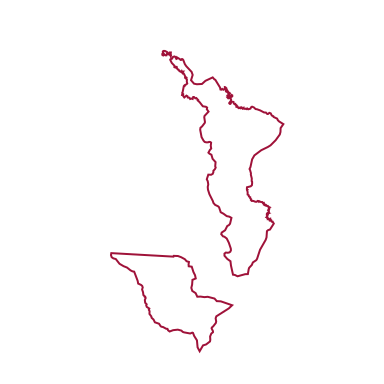 the district of Konawe, Sulawesi Tenggara, Indonesia, rotated 229°
{"feature_id": "22746128B78249855862414", "entity_name": "Konawe", "entity_type": "district", "adm_level": 2, "iso_a3": "IDN", "parent_name": "Indonesia", "parent_adm1": "Sulawesi Tenggara", "projection": "mercator", "projection_center": [122.048, -3.513], "detail": "fine", "context": "isolated", "style": "outline", "palette": "rose", "viewbox_px": 384, "rotation_deg": 229, "n_neighbors": 0, "source": "geoboundaries", "source_scale": "gbopen_adm2", "svg_char_len": 6072}
<svg xmlns="http://www.w3.org/2000/svg" viewBox="0 0 384 384"><g transform="rotate(229 192 192)"><path d="M183.3,305.5L188.2,304.0L189.9,303.9L191.5,304.4L195.1,302.8L195.8,303.1L197.0,302.5L197.9,302.5L199.7,303.0L201.0,302.3L201.0,300.6L201.5,300.0L203.5,299.9L204.7,298.6L208.8,297.0L211.7,295.4L212.9,294.4L215.2,294.2L217.0,293.3L217.2,292.3L216.6,290.8L217.4,288.9L218.8,288.5L218.6,287.7L219.5,287.3L219.9,286.5L220.5,286.5L221.3,285.3L221.6,285.6L221.6,285.0L223.1,285.0L222.9,284.3L223.2,283.6L223.7,283.3L224.3,283.6L224.5,282.8L225.3,283.2L224.8,282.7L225.0,282.2L226.9,282.5L227.0,282.2L226.3,281.9L227.2,281.4L227.6,282.1L228.2,282.0L228.6,282.5L229.5,282.1L230.0,282.4L230.2,281.8L231.4,281.6L232.6,282.4L233.4,282.0L233.9,281.4L234.1,280.3L233.5,279.6L233.3,278.8L233.8,278.3L234.7,278.4L234.9,279.2L234.6,280.2L235.2,280.4L235.2,281.2L236.3,282.3L237.7,282.5L238.9,280.8L239.7,280.8L238.4,282.4L237.8,284.6L237.8,285.2L238.5,285.8L239.2,285.6L238.9,284.7L240.2,283.9L239.6,283.4L239.7,283.0L240.5,282.7L241.2,281.7L241.6,281.9L241.5,282.8L240.7,283.0L241.8,283.9L241.6,285.3L242.2,285.4L243.0,284.3L244.0,285.1L244.5,285.1L244.6,284.3L245.2,284.4L245.3,283.7L245.8,283.7L246.6,284.3L246.3,285.4L247.4,285.6L247.7,286.0L249.2,285.9L249.6,285.6L248.7,284.9L248.4,283.4L248.6,282.7L250.0,282.4L250.0,281.2L250.7,280.7L252.4,281.7L261.4,283.2L262.4,282.8L264.9,282.8L267.1,275.1L267.0,270.4L270.1,266.4L272.4,264.6L277.0,264.6L279.9,269.3L282.9,270.5L290.6,270.2L293.2,270.5L297.3,272.0L298.5,272.0L299.0,271.4L298.7,270.7L299.2,270.0L300.3,270.0L303.1,269.1L302.4,268.6L302.7,267.5L305.1,268.0L305.9,267.6L306.4,266.2L305.7,264.5L306.3,262.7L306.1,262.3L302.7,261.4L298.8,261.6L298.0,260.8L297.2,261.7L297.0,261.0L296.6,261.2L296.0,262.3L295.1,261.7L293.6,261.7L293.3,262.1L291.8,261.9L291.8,263.0L291.5,262.0L291.0,262.1L289.5,262.6L289.8,263.4L289.5,263.3L289.1,263.8L289.1,263.4L288.5,263.7L288.5,262.9L287.3,262.8L286.8,263.4L286.1,263.4L283.5,262.6L282.8,261.7L282.0,261.8L282.6,262.7L281.9,262.9L281.4,262.1L280.3,262.0L278.6,260.4L277.0,259.6L276.9,258.4L277.3,257.3L276.9,256.2L277.4,256.1L277.3,255.3L271.8,248.2L271.3,248.8L272.3,249.3L271.7,249.6L270.1,248.3L268.4,248.2L268.4,251.0L267.2,251.4L266.1,250.8L264.8,251.9L263.4,251.6L262.9,252.9L261.8,253.5L262.9,255.2L262.4,255.8L260.5,256.0L260.1,256.9L257.4,257.0L257.3,256.4L254.7,256.7L249.6,256.4L247.2,258.4L245.8,258.8L244.8,257.5L241.8,257.2L241.2,251.4L240.4,250.3L236.3,247.7L235.8,247.0L234.9,242.7L234.9,240.5L233.6,239.0L227.1,235.2L223.2,234.4L221.5,234.4L220.3,235.2L219.0,236.6L218.6,237.8L217.5,238.7L216.7,238.8L214.6,236.5L212.2,235.0L212.0,233.1L210.9,230.2L209.5,230.3L207.4,231.1L203.5,229.3L199.1,229.4L196.2,226.4L194.9,225.9L194.2,224.2L194.0,222.1L192.9,221.1L192.1,219.5L192.5,217.7L194.4,215.7L191.9,211.5L189.9,211.0L188.4,210.1L187.0,209.2L185.5,207.2L183.3,205.6L178.9,203.7L171.5,201.8L169.7,201.0L167.1,201.0L164.1,202.3L162.7,202.4L157.9,200.4L155.0,201.5L151.0,202.4L148.9,204.0L146.6,204.8L143.1,199.9L142.8,198.1L143.2,196.3L141.4,191.9L141.9,187.8L141.0,186.4L138.2,186.3L137.0,187.1L134.1,187.7L129.5,186.5L123.9,184.2L122.5,183.2L121.8,181.7L122.0,180.3L122.7,179.1L124.1,177.8L124.2,176.1L122.6,174.7L118.4,174.7L114.5,175.6L111.0,173.2L102.7,168.7L101.3,169.9L98.5,171.1L95.1,178.2L93.4,180.3L96.6,184.2L97.3,185.4L97.7,189.3L98.9,191.7L98.4,195.8L98.9,197.3L103.8,205.5L107.5,216.1L108.8,218.4L113.3,222.9L113.3,224.5L112.5,226.2L114.5,233.0L116.7,233.4L116.9,232.9L117.8,232.7L118.6,233.2L119.0,232.6L120.1,233.3L120.0,232.1L120.7,232.4L121.0,232.1L121.0,232.5L121.5,232.5L122.1,232.1L121.9,231.7L122.2,231.5L123.3,231.7L123.2,232.3L123.8,232.5L124.2,232.0L124.5,233.1L125.7,233.4L125.9,233.9L126.6,234.4L126.6,234.9L125.5,235.0L125.8,235.5L125.6,236.1L126.4,235.7L126.5,237.0L127.1,237.4L128.0,237.4L128.0,238.1L128.5,238.2L128.4,238.8L128.9,239.0L128.8,239.5L129.1,240.0L129.6,239.9L129.5,240.5L130.5,240.1L131.7,240.1L132.1,239.5L133.3,239.4L133.2,238.8L134.2,238.3L134.5,238.9L135.3,238.8L135.6,238.2L136.6,239.0L137.0,238.2L138.2,238.5L139.0,237.6L140.4,236.9L140.6,236.2L141.3,236.5L142.2,235.7L142.2,234.4L143.1,233.4L144.9,232.5L146.1,231.2L147.3,231.2L147.6,231.9L149.1,231.8L149.8,232.5L151.3,232.0L152.3,232.7L153.6,232.3L155.4,233.9L157.0,234.7L157.2,235.2L157.6,234.9L158.2,235.3L159.5,236.6L157.8,240.0L157.8,241.6L159.2,243.2L160.5,244.2L161.1,244.2L163.0,246.0L166.5,247.8L167.5,248.8L170.7,250.3L171.6,250.5L172.5,252.5L177.2,258.8L178.7,263.1L178.1,271.7L176.2,278.8L175.7,281.9L176.2,289.1L177.8,296.0L179.3,298.2L182.1,300.8L183.3,305.5ZM80.2,148.0L90.6,142.0L93.4,139.1L96.8,139.1L102.6,135.1L104.5,132.4L107.4,129.9L109.5,127.3L113.3,128.4L117.2,127.3L120.1,128.6L122.0,131.3L125.4,134.7L124.3,138.1L127.2,139.7L130.7,140.6L135.8,142.8L138.1,140.8L139.6,141.9L141.2,143.8L143.3,142.5L146.0,142.5L150.0,141.0L152.9,139.4L155.8,136.3L155.4,135.6L198.8,91.0L197.6,89.5L195.5,88.6L193.5,89.1L191.4,90.5L185.4,90.2L180.9,91.7L177.6,93.4L173.2,94.2L171.2,95.0L169.8,96.1L160.6,92.7L158.2,91.3L155.3,92.6L153.8,92.8L152.3,92.2L151.2,90.4L148.5,89.3L146.1,87.7L144.8,87.9L144.4,87.6L143.7,88.0L143.2,87.5L142.4,87.5L141.5,85.6L139.1,84.0L137.0,84.1L136.5,83.1L135.0,82.5L132.0,83.3L131.4,82.1L129.9,81.8L127.9,79.9L124.9,79.7L123.5,79.0L121.0,79.3L118.0,78.5L114.2,80.7L111.3,80.3L110.5,80.5L109.0,81.6L105.7,82.8L104.8,83.7L103.3,83.2L101.4,83.6L100.1,87.1L97.4,91.0L94.3,93.1L92.6,93.2L91.3,93.9L86.4,97.8L85.7,99.9L85.0,100.3L81.9,99.2L76.8,98.4L71.1,94.3L66.8,93.3L69.0,99.7L67.7,102.6L67.4,107.5L68.4,108.8L71.1,110.9L72.5,113.7L72.4,115.8L73.2,116.5L76.2,117.3L76.7,118.0L76.7,119.8L77.5,124.0L78.4,125.3L81.2,127.0L82.2,128.8L80.0,143.4L80.2,148.0ZM314.8,261.4L312.6,261.6L311.9,262.4L313.4,264.8L314.1,265.0L316.2,264.1L317.2,263.0L317.2,262.2L316.9,261.9L314.8,261.4ZM312.1,266.5L311.5,264.5L309.5,265.4L308.4,265.0L309.0,266.0L310.4,266.2L311.0,265.9L310.8,267.3L311.2,267.6L312.1,266.5ZM315.5,261.1L315.8,260.5L315.6,260.0L314.6,259.5L313.8,260.0L313.9,261.0L315.5,261.1Z" fill="none" stroke="#9f1239" stroke-width="2"/></g></svg>